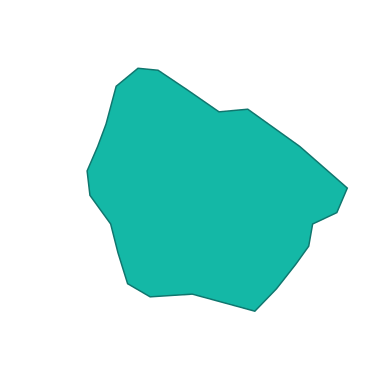 outline of Ulleung-gun, North Gyeongsang, South Korea, rotated 44°
{"feature_id": "91817680B98862203953263", "entity_name": "Ulleung-gun", "entity_type": "district", "adm_level": 2, "iso_a3": "KOR", "parent_name": "South Korea", "parent_adm1": "North Gyeongsang", "projection": "natural_earth1", "projection_center": [130.855, 37.493], "detail": "fine", "context": "isolated", "style": "filled", "palette": "teal", "viewbox_px": 384, "rotation_deg": 44, "n_neighbors": 0, "source": "geoboundaries", "source_scale": "gbopen_adm2", "svg_char_len": 461}
<svg xmlns="http://www.w3.org/2000/svg" viewBox="0 0 384 384"><g transform="rotate(44 192 192)"><path d="M174.6,93.7L155.7,115.6L117.8,121.8L83.0,128.0L67.2,140.5L64.0,168.6L83.0,202.9L92.5,224.7L101.9,249.7L120.9,265.3L155.7,271.5L180.9,287.1L209.4,302.7L234.7,296.5L263.1,265.3L291.5,249.7L320.0,234.1L320.0,202.9L316.8,171.7L313.6,149.9L301.0,131.2L310.5,106.2L301.0,81.3L237.8,84.4L174.6,93.7Z" fill="#14b8a6" stroke="#0f766e" stroke-width="1.5"/></g></svg>